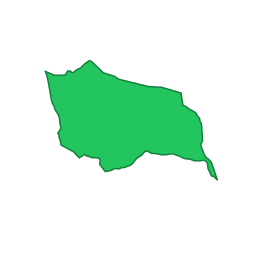 the district of Pedras de Fogo, Paraíba, Brazil, rotated 328°
{"feature_id": "56859067B82910298217530", "entity_name": "Pedras de Fogo", "entity_type": "district", "adm_level": 2, "iso_a3": "BRA", "parent_name": "Brazil", "parent_adm1": "Paraíba", "projection": "natural_earth1", "projection_center": [-35.067, -7.353], "detail": "fine", "context": "isolated", "style": "filled", "palette": "green", "viewbox_px": 256, "rotation_deg": 328, "n_neighbors": 0, "source": "geoboundaries", "source_scale": "gbopen_adm2", "svg_char_len": 1759}
<svg xmlns="http://www.w3.org/2000/svg" viewBox="0 0 256 256"><g transform="rotate(328 128 128)"><path d="M146.0,81.8L144.0,77.1L136.4,68.2L132.9,54.5L131.9,51.4L130.5,50.3L128.5,50.5L126.3,50.5L124.6,50.9L122.7,51.2L121.0,51.6L119.5,52.0L117.2,51.6L115.0,51.4L112.5,51.9L110.1,51.8L109.1,48.9L107.1,47.7L105.7,48.4L104.3,49.3L102.0,49.6L93.2,43.9L88.0,36.3L86.5,42.1L85.7,44.3L85.0,46.1L84.2,48.1L83.0,51.1L81.7,54.5L80.9,56.3L79.6,59.5L78.2,62.9L77.1,66.5L76.7,70.8L76.0,73.3L75.8,75.4L76.0,77.4L75.5,82.3L74.2,85.0L73.5,86.6L72.4,88.7L71.3,92.1L69.8,93.4L67.7,94.2L65.7,95.3L65.7,97.8L64.5,99.4L64.3,101.6L62.2,107.0L69.1,119.1L70.9,127.5L77.2,127.5L78.1,129.9L79.8,131.5L81.8,134.1L83.8,135.4L86.3,137.0L87.8,139.8L84.7,143.9L85.6,152.9L88.0,153.9L90.8,154.9L95.8,155.5L97.0,156.7L99.2,158.1L101.4,158.2L102.8,159.0L104.6,159.8L106.4,160.0L109.5,160.7L111.5,160.8L113.7,160.3L119.0,158.4L120.7,158.4L123.7,158.4L126.4,158.0L130.4,156.7L132.6,158.4L134.3,161.7L138.9,165.2L142.3,168.6L146.4,171.0L149.5,172.1L152.3,173.6L157.2,179.9L158.3,181.9L159.9,184.1L162.4,186.0L164.5,187.8L166.7,190.8L170.2,193.2L172.0,194.1L174.6,195.1L176.2,196.5L176.7,199.9L174.4,204.8L173.4,212.9L175.2,214.9L176.2,219.7L176.9,216.5L177.5,214.0L178.0,212.0L178.6,209.6L179.4,206.1L180.1,203.2L180.5,200.6L180.0,198.2L179.0,195.3L178.4,193.0L178.7,190.6L179.2,188.1L179.7,185.2L180.1,183.4L180.9,180.7L182.3,179.8L184.3,178.4L185.8,176.1L187.4,173.1L188.7,170.5L190.4,167.4L191.6,165.2L192.6,162.6L192.8,159.7L193.8,157.8L193.4,155.3L193.3,153.4L193.6,151.1L192.8,149.5L192.0,147.8L190.5,145.4L189.6,143.6L189.0,141.8L188.2,140.0L186.6,137.9L190.7,128.2L191.6,126.6L178.1,111.3L173.9,108.4L167.0,103.4L146.0,81.8Z" fill="#22c55e" stroke="#15803d" stroke-width="1.5"/></g></svg>